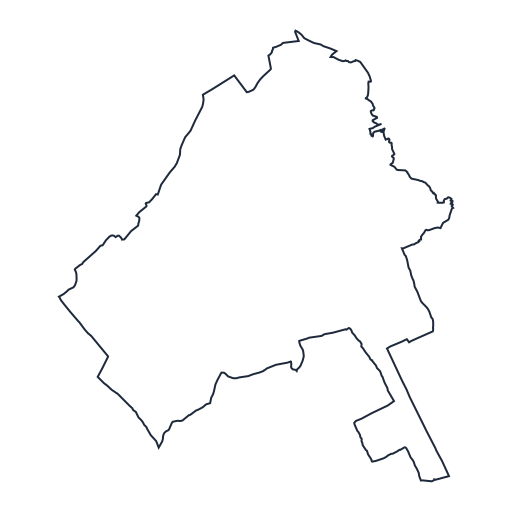 Cretesti, Vaslui, Romania
{"feature_id": "2599482B47452511342695", "entity_name": "Cretesti", "entity_type": "district", "adm_level": 2, "iso_a3": "ROU", "parent_name": "Romania", "parent_adm1": "Vaslui", "projection": "orthographic", "projection_center": [28.003, 46.636], "detail": "fine", "context": "isolated", "style": "outline", "palette": "slate", "viewbox_px": 512, "rotation_deg": 0, "n_neighbors": 0, "source": "geoboundaries", "source_scale": "gbopen_adm2", "svg_char_len": 6035}
<svg xmlns="http://www.w3.org/2000/svg" viewBox="0 0 512 512"><path d="M296.5,370.8L296.7,371.0L297.1,369.4L299.3,367.4L300.5,365.8L302.6,360.8L303.7,356.7L303.7,355.2L303.1,350.8L302.7,349.6L300.3,345.6L299.3,342.2L299.2,340.9L307.3,338.5L309.0,337.7L321.7,335.9L323.6,334.6L325.4,334.0L332.5,332.8L345.5,329.3L346.2,329.7L348.9,328.0L349.8,328.5L350.5,329.0L351.5,330.6L352.1,332.5L354.8,335.5L356.5,338.2L358.5,340.4L360.1,341.5L361.6,344.0L361.3,346.5L362.9,348.2L365.5,352.2L369.3,356.9L370.4,359.4L372.2,360.4L372.1,360.8L376.0,365.5L377.0,368.1L379.4,370.4L380.4,371.9L381.7,375.9L382.4,376.6L384.6,382.7L387.4,388.1L387.8,390.5L394.0,401.1L387.8,405.5L371.7,413.2L361.5,418.7L355.8,421.0L354.2,423.0L354.6,424.5L357.3,430.8L358.5,432.2L359.9,434.8L360.5,437.5L361.5,438.5L361.7,439.3L361.5,440.8L361.9,442.2L362.3,442.7L362.7,445.2L365.9,450.0L367.0,450.9L368.0,454.2L371.3,459.4L371.7,461.1L372.1,461.6L372.5,461.6L375.9,460.9L383.6,458.3L385.9,457.1L388.2,455.3L391.0,453.9L392.7,453.7L397.2,451.4L399.5,449.8L400.2,449.9L404.4,447.4L405.4,447.4L406.2,448.1L408.0,451.2L410.6,457.4L413.2,460.8L413.9,462.3L414.8,465.3L416.9,468.9L418.7,472.9L419.3,476.3L420.9,480.5L422.8,480.4L431.7,481.3L434.6,479.9L434.5,479.4L435.6,479.7L437.2,479.3L449.0,476.1L442.1,461.1L436.3,450.5L435.4,448.2L426.5,431.0L409.5,396.6L406.5,389.4L402.2,381.0L387.0,348.5L390.2,346.5L401.7,341.7L406.8,339.2L409.1,342.3L411.0,341.1L416.7,338.5L432.8,331.4L433.2,329.6L433.0,327.6L433.2,326.0L433.2,322.4L432.9,320.1L432.4,318.5L431.4,317.7L429.4,311.8L427.9,309.0L426.8,307.5L422.3,302.9L420.9,301.1L417.4,291.9L414.6,286.6L414.3,284.0L413.4,280.3L412.7,279.1L411.2,275.3L410.3,270.7L408.6,267.6L407.2,260.4L405.9,256.2L404.6,254.8L401.9,248.3L403.2,248.4L412.1,244.6L414.0,244.4L415.5,243.4L418.2,242.2L419.0,241.5L418.5,241.2L418.6,240.9L419.7,239.8L421.1,239.5L421.0,236.8L422.5,234.5L423.9,233.0L425.6,230.1L426.4,229.8L427.6,230.3L429.2,230.1L434.7,228.1L437.8,227.5L440.5,228.1L443.0,222.9L448.2,219.8L448.8,218.9L449.3,217.5L449.6,215.4L451.6,209.5L452.1,208.3L453.1,207.9L451.7,206.1L452.8,204.8L452.0,203.5L451.2,203.9L450.7,203.8L450.9,203.2L452.4,202.0L452.6,201.2L452.0,200.7L451.5,201.1L450.7,200.8L450.6,200.4L451.4,199.6L451.5,199.0L450.3,198.0L448.6,197.3L448.0,197.4L446.7,198.7L444.7,199.1L443.9,200.5L443.7,201.2L443.9,202.4L442.5,202.8L437.7,202.7L437.9,201.6L436.2,198.9L435.9,197.5L436.0,195.6L435.4,194.5L434.9,194.5L433.8,192.9L433.3,193.3L433.0,193.0L431.7,191.0L430.8,190.4L430.2,188.1L428.9,186.1L427.9,185.5L425.3,182.6L423.6,182.1L422.5,181.3L419.6,180.7L418.4,180.1L411.4,178.6L409.6,176.6L409.2,175.3L407.3,172.6L407.4,172.2L405.3,170.4L397.7,170.0L396.7,169.6L394.4,166.8L390.5,164.9L390.5,164.4L392.8,162.7L393.8,158.8L393.6,157.9L392.5,157.1L392.0,156.4L392.1,155.8L393.5,155.0L394.4,154.0L392.3,149.6L392.0,148.5L392.1,147.1L391.6,145.3L391.7,143.5L391.4,142.8L389.6,142.6L389.1,142.0L389.0,141.3L389.5,139.9L389.1,138.9L388.7,138.6L388.2,138.5L387.3,139.2L386.6,139.1L385.7,139.6L384.1,135.8L383.5,132.1L384.3,129.2L385.0,128.2L382.5,129.5L382.2,129.9L382.5,132.0L381.1,131.8L380.8,131.2L380.3,131.0L380.3,130.1L377.7,131.1L376.3,131.2L376.0,131.5L374.5,131.7L373.2,133.1L373.0,135.9L372.7,136.4L371.4,135.7L371.1,134.2L370.4,133.9L370.4,131.8L369.5,128.9L372.8,128.1L374.8,126.7L381.5,123.9L378.6,124.7L377.6,124.5L376.2,123.3L373.8,122.3L372.6,121.0L372.7,120.2L377.1,117.8L377.0,117.2L376.6,116.8L372.9,115.6L371.9,114.5L370.8,112.0L370.8,111.1L372.0,110.4L373.3,110.4L373.9,109.9L373.8,109.3L374.4,108.7L374.5,107.9L373.0,105.5L372.7,104.0L370.9,101.4L368.6,100.1L367.7,99.2L365.1,98.2L366.6,98.0L367.5,96.3L368.0,94.6L368.3,91.6L368.5,87.3L368.3,83.2L368.6,81.6L370.7,81.7L370.9,81.5L370.9,80.6L369.5,75.9L369.0,75.1L368.0,72.8L360.3,62.0L357.7,60.7L355.5,60.1L355.1,61.0L353.4,61.3L351.6,62.2L350.4,62.4L348.9,62.1L348.0,61.1L346.3,60.9L345.7,60.4L344.5,61.0L342.7,61.2L338.7,59.8L333.6,57.1L330.6,57.0L332.0,54.7L336.5,51.1L330.1,48.4L323.5,46.2L320.7,44.5L314.0,43.0L308.9,40.6L304.3,38.2L301.2,34.4L297.8,31.8L295.5,30.7L295.1,31.8L298.7,41.0L283.0,42.9L280.9,44.8L276.0,46.9L273.1,47.7L272.8,49.6L272.1,50.6L271.9,52.1L270.5,54.1L268.4,55.6L270.9,68.5L270.6,69.4L263.0,76.4L260.2,79.4L257.6,83.0L255.2,87.4L253.4,89.7L249.1,91.7L246.8,92.2L234.2,75.4L211.6,89.6L202.9,94.7L203.6,99.6L203.0,104.0L202.1,107.1L195.1,120.7L190.5,130.8L185.1,137.3L181.7,145.1L180.3,149.0L179.9,154.9L176.8,163.2L174.7,166.7L169.8,172.4L161.1,184.7L157.8,194.5L156.0,194.2L152.1,199.2L149.1,202.3L146.0,203.0L145.7,203.6L146.5,205.4L146.4,206.4L139.1,212.3L136.3,215.7L138.6,216.9L139.2,217.6L139.4,218.3L139.2,220.9L138.3,223.8L138.3,225.1L137.9,225.8L131.1,231.1L124.3,239.4L122.0,239.6L121.8,238.9L120.8,237.4L119.0,235.7L118.5,235.6L117.6,235.8L115.7,237.1L114.0,235.8L112.5,235.4L111.2,235.6L109.5,236.6L106.0,240.2L102.6,245.3L100.5,245.7L95.9,250.9L83.2,262.2L82.1,264.0L79.9,265.1L75.2,268.8L74.8,269.6L75.9,272.0L76.4,273.9L76.6,279.0L76.5,280.9L75.0,285.2L73.5,287.3L68.5,289.7L67.2,291.1L63.7,294.0L58.9,296.7L59.6,297.5L60.8,300.0L63.4,303.4L70.1,311.7L78.1,321.0L79.6,322.6L84.6,329.4L88.0,333.3L91.1,335.8L108.1,356.4L108.1,356.6L102.4,368.1L97.7,376.9L104.1,383.3L107.2,385.6L111.8,389.9L117.9,394.0L129.7,405.9L132.3,408.2L133.1,410.0L135.8,411.9L138.5,417.4L141.5,420.4L142.8,422.2L144.3,425.0L146.3,426.9L147.3,429.1L150.8,435.2L156.2,441.1L158.7,447.6L162.2,441.4L162.9,438.8L163.1,436.1L163.8,433.8L164.7,432.5L166.1,431.3L168.4,430.2L169.2,429.1L171.6,423.4L172.6,421.8L177.3,420.8L180.7,421.0L182.6,420.4L189.0,415.1L189.7,415.1L191.7,413.8L195.9,410.6L198.6,409.5L202.8,407.2L206.2,404.3L210.1,403.2L211.2,397.8L213.0,394.4L213.9,391.5L215.4,384.6L217.4,380.1L221.4,372.6L223.9,372.7L225.3,373.6L228.1,376.4L233.1,378.2L236.0,378.3L239.4,377.4L248.2,376.1L253.2,374.2L259.2,372.6L263.5,371.0L264.1,370.3L265.3,369.7L266.7,368.5L275.9,364.8L287.7,362.6L290.6,361.5L291.0,361.7L291.3,364.5L291.1,366.9L291.4,367.9L292.7,369.3L296.6,370.1L296.5,370.8Z" fill="none" stroke="#1e293b" stroke-width="2"/></svg>